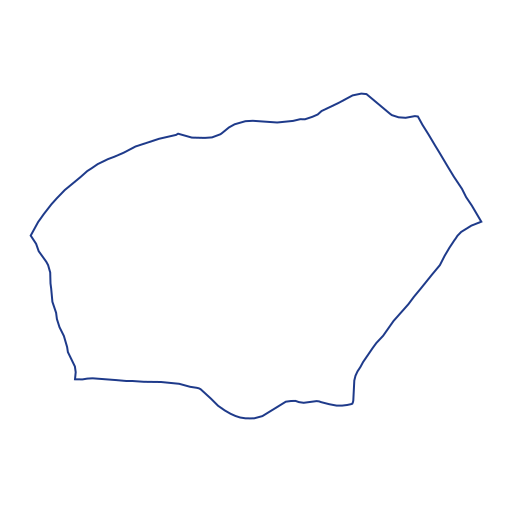 Zacualpa, Quiché, Guatemala (Albers equal-area conic projection)
{"feature_id": "79465075B97254104766130", "entity_name": "Zacualpa", "entity_type": "district", "adm_level": 2, "iso_a3": "GTM", "parent_name": "Guatemala", "parent_adm1": "Quiché", "projection": "albers", "projection_center": [-90.884, 15.093], "detail": "fine", "context": "isolated", "style": "outline", "palette": "blue", "viewbox_px": 512, "rotation_deg": 0, "n_neighbors": 0, "source": "geoboundaries", "source_scale": "gbopen_adm2", "svg_char_len": 1759}
<svg xmlns="http://www.w3.org/2000/svg" viewBox="0 0 512 512"><path d="M178.1,133.7L176.1,134.9L159.0,138.8L135.5,146.5L123.7,152.7L114.2,156.8L108.0,159.1L97.7,164.1L91.6,168.3L87.2,171.1L80.7,176.9L64.8,190.0L56.6,198.5L51.4,204.3L43.7,214.2L40.3,219.0L38.2,221.9L36.5,225.0L30.7,235.6L36.1,243.8L38.7,251.2L46.3,261.8L48.1,265.1L50.2,272.5L50.5,283.4L51.2,288.8L52.4,301.8L56.1,312.8L56.9,319.0L59.5,327.2L63.9,336.0L65.0,339.8L67.1,347.0L67.9,352.1L74.9,366.5L75.7,372.2L75.0,379.3L82.5,379.4L87.3,378.6L92.6,378.3L116.3,380.1L126.3,381.0L132.5,381.0L143.9,381.8L161.0,382.0L169.1,382.8L179.2,383.8L190.1,386.8L196.7,387.8L198.8,388.3L200.6,389.2L211.0,398.7L218.1,405.8L224.7,410.4L230.6,413.8L235.5,416.0L240.1,417.5L245.3,418.3L250.4,418.4L254.3,418.3L262.4,416.1L285.8,401.7L291.0,401.0L295.5,400.9L298.9,402.1L303.7,402.8L316.6,401.1L319.1,401.4L321.0,402.1L329.2,404.2L336.6,405.6L342.1,405.6L347.1,405.0L350.9,404.2L352.3,403.7L353.0,402.0L353.3,400.4L354.3,380.5L355.5,375.7L357.5,371.4L360.4,367.0L363.1,362.0L370.5,351.2L372.4,348.4L374.5,345.5L376.5,342.8L383.1,335.8L393.5,321.0L408.4,304.2L414.0,296.7L420.8,288.5L432.0,274.6L439.9,265.1L444.7,255.7L447.5,251.0L449.5,247.6L452.7,242.8L454.2,240.5L455.6,238.6L457.5,235.7L461.2,231.9L471.4,225.6L481.3,221.7L471.7,205.4L466.1,197.1L462.0,188.9L453.8,176.6L447.8,166.7L439.3,152.4L435.2,145.7L428.6,134.6L422.5,124.9L417.9,116.5L414.9,116.1L405.6,117.8L398.6,117.3L391.8,115.1L389.8,113.6L366.5,94.1L361.3,93.6L352.6,95.4L338.4,103.0L321.6,111.0L317.7,114.5L312.4,116.8L304.9,119.3L300.2,119.2L293.1,120.9L277.2,122.5L252.9,120.8L245.4,121.2L234.6,124.3L229.0,127.4L221.5,133.5L220.3,134.3L212.0,137.4L204.8,137.9L191.9,137.6L178.1,133.7Z" fill="none" stroke="#1e3a8a" stroke-width="2"/></svg>